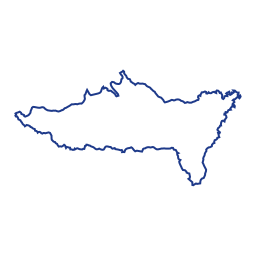 the district of Antônio João, Mato Grosso do Sul, Brazil
{"feature_id": "56859067B56102321418864", "entity_name": "Antônio João", "entity_type": "district", "adm_level": 2, "iso_a3": "BRA", "parent_name": "Brazil", "parent_adm1": "Mato Grosso do Sul", "projection": "albers", "projection_center": [-55.96, -22.223], "detail": "fine", "context": "isolated", "style": "outline", "palette": "blue", "viewbox_px": 256, "rotation_deg": 0, "n_neighbors": 0, "source": "geoboundaries", "source_scale": "gbopen_adm2", "svg_char_len": 5807}
<svg xmlns="http://www.w3.org/2000/svg" viewBox="0 0 256 256"><path d="M238.7,97.5L238.2,96.2L237.6,94.9L238.5,93.8L238.6,92.6L237.4,92.6L236.2,92.0L235.6,91.3L234.8,90.6L233.4,90.5L234.3,91.7L233.4,92.8L232.0,92.5L231.8,94.0L230.2,94.9L229.2,94.3L229.8,92.8L229.2,91.7L228.4,92.3L227.2,92.6L226.2,93.5L227.2,94.4L227.4,96.1L225.9,95.9L224.5,96.3L224.2,98.0L223.3,99.0L222.4,98.5L222.0,97.4L222.2,96.1L222.1,94.9L221.3,93.6L220.8,92.5L219.7,92.9L219.0,91.5L218.1,90.7L216.8,90.5L216.1,91.3L216.2,93.0L215.0,92.5L214.2,91.8L212.4,92.2L211.3,93.1L210.3,93.2L209.3,93.0L208.7,92.3L208.1,93.1L207.2,93.6L206.3,93.4L206.2,92.0L205.0,91.5L203.3,92.2L201.7,92.4L201.3,93.4L200.6,94.5L200.4,95.9L199.3,95.4L198.3,96.0L198.0,97.2L198.7,98.4L198.3,99.9L197.1,100.1L195.9,100.7L194.7,101.4L193.2,101.8L191.2,102.7L189.5,102.7L187.3,102.1L186.0,102.7L184.8,102.9L183.4,101.6L181.9,101.0L181.0,100.8L180.2,100.1L179.1,99.6L177.8,99.4L176.1,99.6L174.7,100.3L173.7,100.4L172.8,100.0L171.5,99.9L170.3,100.6L167.8,101.6L166.0,102.1L164.9,102.4L164.1,101.6L163.2,99.9L161.2,97.7L159.0,96.9L158.2,96.5L155.3,92.9L154.8,91.8L153.7,91.2L152.7,90.4L152.0,89.6L151.0,88.8L150.3,87.8L149.4,87.3L147.8,86.6L146.9,86.1L146.2,85.4L145.2,84.2L142.5,83.6L140.9,83.7L139.4,83.6L138.1,83.0L136.4,83.9L135.3,84.9L134.5,83.9L133.2,83.3L132.3,82.6L131.5,82.1L130.7,81.5L130.4,80.4L129.8,79.2L127.9,78.8L126.7,77.3L126.2,75.8L125.3,74.9L124.2,73.5L124.1,71.6L123.1,70.8L122.3,71.7L121.2,72.2L120.0,73.0L121.0,74.6L122.0,75.6L122.6,76.9L122.5,78.3L121.4,79.3L121.0,81.9L120.1,83.4L119.0,84.0L118.1,84.0L116.2,83.7L115.3,83.3L113.9,82.2L112.1,81.9L110.7,83.3L110.9,84.8L111.3,85.9L112.7,88.2L116.6,92.5L118.0,94.2L118.4,95.7L116.5,96.3L115.7,95.6L115.4,94.4L114.3,93.5L113.6,92.7L112.4,92.1L111.5,91.1L110.6,90.7L109.7,90.8L108.4,90.8L107.4,90.0L107.5,89.0L106.6,88.2L105.4,87.7L103.9,88.5L103.3,86.8L102.3,87.8L101.8,89.0L100.9,91.7L99.7,92.9L98.0,93.5L90.9,95.2L89.5,94.1L87.1,89.9L86.5,91.2L86.0,92.7L85.3,94.4L84.5,95.2L84.6,96.8L84.9,98.8L84.6,99.8L83.3,102.0L81.6,103.6L80.1,103.5L78.6,103.8L77.2,104.3L76.0,104.0L74.8,104.1L73.6,104.3L71.7,104.3L69.6,105.8L67.6,106.9L66.1,107.8L64.6,108.3L63.7,109.3L62.6,110.1L61.6,110.2L60.7,110.8L59.6,111.2L58.5,111.5L57.1,111.2L55.5,110.6L54.5,110.7L53.1,110.6L52.0,110.9L50.9,110.8L47.6,110.3L46.1,109.5L45.1,108.8L44.1,107.7L43.2,107.3L42.1,107.2L39.9,107.8L38.0,107.7L34.4,107.0L33.1,106.9L32.0,107.7L31.4,109.5L30.8,110.6L30.4,112.8L29.7,113.8L28.6,115.1L27.5,115.7L25.2,116.6L24.3,116.2L24.0,115.0L22.6,114.4L21.4,114.0L21.1,112.8L19.7,111.7L17.6,112.6L16.4,112.9L15.5,113.5L16.1,114.5L15.4,115.7L16.1,116.6L17.2,116.5L17.9,117.7L18.4,119.4L19.6,119.9L20.4,120.3L21.0,121.5L21.9,122.5L22.5,123.7L23.2,124.5L24.4,125.4L24.9,126.3L25.8,125.7L26.6,125.0L28.4,125.4L29.8,126.0L30.5,127.0L31.5,127.2L32.4,128.0L33.4,128.7L34.7,129.0L35.1,130.7L36.4,131.0L37.2,131.6L37.7,132.7L38.5,132.0L39.7,131.9L40.6,132.4L41.3,133.2L42.4,133.6L43.3,133.0L44.3,133.0L45.3,133.3L46.3,133.0L47.5,132.7L48.6,132.4L50.0,132.9L51.5,135.6L51.6,138.7L51.8,139.8L52.5,140.5L53.3,141.4L54.2,141.9L55.1,142.1L55.7,143.2L57.1,143.9L57.7,145.2L58.8,146.6L60.0,146.3L61.6,146.6L62.6,146.1L63.4,145.5L64.1,144.8L65.2,145.6L65.6,147.1L66.0,148.0L66.7,147.0L67.9,147.2L68.9,147.6L70.1,147.7L70.3,149.4L71.6,149.4L72.9,149.9L74.2,149.7L74.7,148.6L75.5,149.2L76.5,148.5L77.6,148.3L78.6,148.8L79.7,149.2L81.2,149.4L82.4,149.4L83.2,148.8L84.3,148.9L84.7,147.6L85.0,146.0L86.1,145.6L86.4,144.7L87.7,144.8L88.7,145.4L89.8,145.5L90.7,146.2L92.0,146.7L93.4,147.2L94.7,148.2L95.5,148.9L96.4,149.3L97.9,149.2L99.2,148.6L100.5,149.3L102.2,149.8L103.6,149.6L104.3,148.8L104.8,147.7L105.6,146.7L106.6,146.4L107.9,146.5L109.2,146.9L110.7,147.0L111.8,148.3L112.6,148.7L113.8,148.3L114.7,148.1L115.3,149.1L117.8,149.5L119.5,149.9L120.6,150.3L121.8,150.0L122.5,151.1L122.2,152.1L123.4,152.0L124.4,152.1L125.3,149.8L126.0,149.1L127.3,148.4L128.7,148.1L130.0,147.9L131.2,147.3L132.2,147.9L134.1,150.3L135.2,151.3L136.9,150.7L139.1,151.1L140.8,151.4L142.0,151.6L142.7,150.1L143.0,149.1L144.0,148.5L145.3,148.3L146.1,147.7L147.0,147.4L147.9,147.2L149.0,147.2L150.5,147.5L151.9,147.2L152.9,147.0L153.9,147.4L155.7,148.8L156.8,149.3L158.3,149.3L160.1,148.9L161.7,148.5L163.0,148.5L164.2,148.4L165.9,148.6L169.0,148.6L170.4,148.5L171.5,147.8L173.0,147.9L173.8,149.6L175.8,150.0L177.1,152.4L178.3,153.1L177.2,153.6L177.3,154.8L178.1,156.1L178.1,157.4L178.4,158.7L179.2,159.5L180.4,160.0L179.2,161.7L179.5,163.0L180.5,165.3L181.3,166.9L181.8,168.2L182.9,170.0L184.9,170.2L186.4,171.6L186.6,172.6L188.2,173.3L189.3,173.5L190.0,176.8L189.7,178.1L188.5,178.9L192.3,182.2L192.4,185.0L193.3,185.2L194.6,184.3L196.0,183.5L197.0,183.9L200.2,183.4L200.4,181.1L200.9,179.7L202.1,178.5L203.7,178.0L204.5,176.3L205.1,174.9L205.1,173.7L206.0,171.1L206.1,169.6L204.1,165.8L203.2,163.6L202.6,162.6L203.0,161.2L203.4,159.5L203.2,158.5L203.6,157.1L204.3,155.9L204.7,154.8L204.8,153.7L205.5,152.3L206.4,151.0L206.2,149.6L207.1,148.5L208.6,147.4L209.8,147.3L211.8,146.3L212.0,144.8L213.1,143.4L214.4,143.0L214.2,141.7L214.7,140.2L216.3,139.6L217.1,138.8L217.3,137.8L218.2,137.6L219.3,137.2L218.9,136.2L218.6,134.6L218.1,133.0L219.5,133.2L219.9,132.3L219.0,131.6L218.2,130.7L217.4,129.8L218.1,128.1L219.3,127.3L220.1,125.7L221.1,125.5L220.9,124.5L221.2,122.4L221.9,121.0L223.1,120.6L224.5,121.5L224.9,119.6L225.7,118.6L226.5,117.5L226.2,116.0L225.4,114.8L224.3,114.6L224.5,113.5L225.7,113.2L225.7,112.1L227.4,112.3L227.9,111.1L228.4,110.1L230.8,109.7L230.2,108.8L231.4,107.1L232.3,106.5L233.4,106.5L234.6,107.2L234.8,106.1L234.2,105.1L232.5,104.9L232.7,103.8L234.4,102.1L233.9,100.9L232.8,100.3L233.6,99.5L235.1,99.2L237.2,97.2L238.7,97.5ZM238.7,97.5L239.4,98.3L240.2,97.4L240.6,96.4L240.1,95.4L239.3,96.1L238.7,97.5Z" fill="none" stroke="#1e3a8a" stroke-width="2"/></svg>